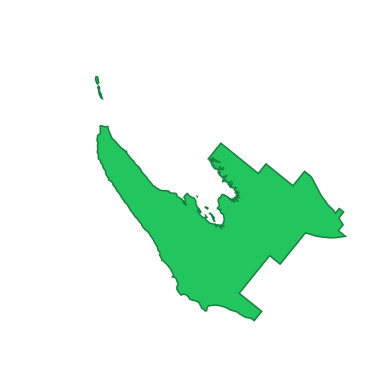 Exmouth, Western Australia, Australia (Equal Earth projection), rotated 309°
{"feature_id": "25037944B77099976714827", "entity_name": "Exmouth", "entity_type": "district", "adm_level": 2, "iso_a3": "AUS", "parent_name": "Australia", "parent_adm1": "Western Australia", "projection": "equal_earth", "projection_center": [114.188, -22.318], "detail": "fine", "context": "isolated", "style": "filled", "palette": "green", "viewbox_px": 384, "rotation_deg": 309, "n_neighbors": 0, "source": "geoboundaries", "source_scale": "gbopen_adm2", "svg_char_len": 6114}
<svg xmlns="http://www.w3.org/2000/svg" viewBox="0 0 384 384"><g transform="rotate(309 192 192)"><path d="M228.1,183.8L228.4,184.3L228.4,185.5L229.3,186.4L230.5,186.9L231.5,186.6L232.7,186.8L232.0,187.0L230.8,188.4L231.1,189.0L230.9,189.0L231.1,189.7L231.5,189.8L231.9,190.4L231.8,190.8L231.6,190.1L231.0,189.9L231.2,191.8L232.2,192.9L232.7,194.3L232.6,194.7L231.6,192.8L230.8,192.0L230.4,189.3L228.3,187.3L227.9,187.9L229.3,189.3L227.0,188.3L225.6,190.5L225.9,191.4L227.2,192.7L226.2,191.8L225.3,191.8L224.9,192.4L224.4,195.0L224.6,195.4L225.5,195.3L225.0,195.8L225.2,196.8L226.8,198.2L228.6,198.1L229.8,197.5L228.0,198.8L227.9,199.4L229.5,200.8L230.6,200.6L231.2,201.7L230.6,200.8L229.2,201.0L228.8,200.5L228.9,201.2L230.2,201.9L229.3,201.8L229.5,202.7L229.1,201.8L226.9,199.5L224.6,199.0L224.0,199.6L224.4,201.6L224.8,202.0L225.7,201.9L224.7,202.2L223.7,200.8L223.2,201.1L222.5,203.6L222.6,206.5L223.9,206.8L226.1,208.6L226.5,208.3L226.7,208.7L225.3,208.6L225.6,209.4L224.0,207.9L222.1,207.6L221.9,208.0L222.3,210.2L223.3,210.3L222.6,210.6L221.5,210.2L221.4,212.2L221.8,214.2L223.4,215.2L223.4,215.6L224.2,215.8L223.5,216.0L222.8,215.3L220.8,215.3L220.6,215.8L220.8,216.8L221.6,217.5L223.8,217.9L223.0,218.3L221.7,217.9L221.9,219.4L221.1,217.9L220.2,217.8L219.9,218.4L220.1,219.3L220.7,220.2L220.6,220.7L221.1,220.8L221.7,221.7L221.4,222.6L223.0,223.0L223.6,224.3L222.4,223.2L220.4,223.3L220.1,225.8L219.4,225.8L220.3,227.0L221.0,227.1L220.5,227.3L220.8,227.6L219.0,226.4L218.7,227.2L218.9,228.3L220.4,228.9L219.6,229.2L218.7,228.7L217.4,228.8L219.4,230.4L218.1,229.8L218.3,230.5L217.9,230.8L217.8,229.9L217.1,229.3L217.0,230.1L216.6,229.9L216.9,231.4L216.6,231.1L216.5,231.6L216.3,229.6L215.9,230.9L214.4,228.6L213.6,230.4L213.8,231.8L214.3,232.4L214.4,232.9L213.9,232.3L213.6,232.5L213.6,234.3L213.5,231.6L213.1,230.2L213.3,229.1L212.5,229.6L212.2,228.2L211.5,228.6L211.0,226.5L210.5,228.1L211.2,230.4L210.9,232.0L210.7,231.3L211.0,230.2L210.2,228.4L210.1,226.1L210.7,223.0L209.9,218.2L208.6,217.0L205.6,217.4L204.4,216.8L202.9,217.1L201.2,218.2L199.7,220.6L197.9,222.2L195.4,221.8L195.1,223.0L195.4,223.8L196.2,224.5L196.2,225.2L195.6,224.7L194.3,227.0L193.9,228.2L194.4,230.0L193.6,231.4L191.7,233.6L189.6,235.2L187.2,236.0L185.2,235.9L185.3,238.0L184.9,237.4L185.0,236.6L184.6,235.8L184.2,236.8L184.2,235.8L183.6,234.4L182.8,235.6L182.5,237.2L182.9,238.4L182.5,238.9L182.7,238.4L182.4,237.7L182.4,236.4L182.7,235.2L183.3,234.7L182.9,233.4L182.4,234.3L182.5,232.2L181.8,231.9L181.2,230.9L180.8,232.3L179.6,233.3L180.8,232.0L181.1,230.6L181.7,230.3L180.4,228.5L179.0,225.0L179.1,221.0L180.1,218.4L179.2,216.4L179.1,213.0L180.0,211.3L182.0,211.6L183.0,208.9L181.7,210.0L180.3,209.6L181.1,209.0L181.5,209.5L181.9,209.2L182.0,208.8L181.2,208.2L181.8,208.0L182.0,208.4L182.8,207.5L185.0,202.6L186.6,201.5L187.9,199.7L188.1,198.5L188.6,197.6L187.7,195.0L187.3,191.8L188.0,189.6L187.8,189.1L183.4,188.7L182.5,189.5L182.4,191.0L180.7,192.6L180.0,192.8L179.5,193.6L179.5,193.0L179.1,192.5L178.9,194.4L178.4,194.2L178.1,195.0L177.8,193.7L178.3,191.6L178.9,190.9L179.7,191.4L179.8,189.4L180.2,188.9L179.5,188.3L179.9,187.1L179.3,184.0L179.7,182.4L180.7,181.2L180.8,180.3L178.1,176.5L177.6,174.7L178.0,174.0L177.7,172.5L174.3,167.9L173.2,165.3L172.7,160.7L172.9,159.6L172.4,157.5L173.1,155.6L173.9,150.0L174.6,148.5L175.9,140.5L176.9,138.8L177.9,135.1L178.1,131.3L178.6,128.8L179.1,128.2L179.4,125.0L180.6,118.8L181.6,115.9L182.1,115.8L182.3,115.6L181.6,115.4L182.0,115.1L182.5,115.8L182.3,115.2L181.7,114.7L182.0,112.7L181.7,108.9L183.4,98.4L183.3,96.4L187.7,87.9L190.0,85.4L187.6,82.9L186.6,79.9L185.9,79.2L185.2,79.3L180.5,83.4L178.6,83.8L176.8,83.0L172.2,85.7L171.1,88.1L168.7,89.1L165.7,92.3L165.2,92.2L163.5,93.1L162.0,95.7L158.9,98.3L158.9,100.1L158.4,101.4L157.5,102.5L156.5,105.9L154.9,107.8L154.0,111.6L153.2,112.0L151.5,114.3L150.8,116.8L150.4,117.2L150.5,118.4L149.2,119.1L148.9,120.5L149.4,121.8L149.2,124.5L147.8,126.2L147.2,129.8L146.9,129.9L146.7,131.0L145.8,132.4L145.1,136.3L142.9,142.4L142.4,145.2L141.7,145.6L141.8,147.2L141.4,149.7L138.7,156.8L138.6,158.1L137.3,162.3L136.9,165.0L137.1,165.9L136.8,165.9L135.6,170.9L135.5,172.5L134.9,173.7L134.4,173.9L134.6,174.5L133.8,176.1L133.1,180.2L133.4,181.2L133.3,183.0L132.5,186.0L131.9,187.1L130.7,191.7L128.9,195.4L128.6,196.8L127.4,199.7L125.3,202.5L125.0,204.7L123.9,206.1L122.7,206.3L121.4,209.7L120.1,211.4L120.0,212.0L120.4,213.0L119.8,219.2L118.3,224.7L116.0,230.0L115.3,230.3L114.2,229.9L113.6,230.1L115.0,233.0L114.5,234.6L111.3,239.5L110.1,239.9L109.4,239.6L106.9,241.4L106.1,243.5L105.1,247.5L105.1,248.5L107.1,249.6L108.2,251.3L108.4,254.9L107.5,257.1L107.4,258.1L108.2,260.6L109.5,262.7L110.3,265.6L110.2,267.6L107.8,273.0L108.2,275.5L107.8,276.8L108.8,278.1L111.5,276.6L113.9,276.4L118.8,281.3L121.2,285.1L123.7,291.2L124.1,294.6L124.7,296.7L126.3,300.2L127.3,303.4L127.3,306.2L128.1,311.5L128.6,313.1L130.9,317.0L131.2,321.3L143.1,321.3L143.0,292.4L191.4,292.4L191.4,305.9L231.7,305.9L235.5,315.5L239.1,321.9L243.7,328.7L247.6,333.1L254.1,339.1L254.1,330.1L261.6,330.1L264.2,322.5L271.8,322.5L271.8,316.8L265.8,316.8L267.0,312.6L267.4,306.4L270.6,294.5L278.3,276.6L278.9,274.3L278.9,266.5L260.4,266.5L260.4,231.8L248.1,231.8L248.1,183.7L228.1,183.8ZM208.2,63.5L210.8,59.7L212.7,55.7L214.4,55.0L215.4,53.9L215.1,53.3L215.2,52.6L214.1,52.9L212.4,55.5L210.0,57.9L208.0,61.8L208.2,63.5ZM216.6,50.6L216.9,50.3L218.3,50.8L219.2,49.3L221.8,46.7L221.7,45.3L221.1,44.9L219.2,45.7L217.3,48.4L216.6,49.7L216.6,50.6ZM186.6,221.3L183.6,226.5L183.1,228.6L184.9,225.7L186.1,225.3L186.5,222.8L187.0,221.6L186.8,220.7L187.1,219.6L186.4,219.3L186.6,221.3ZM189.0,214.9L189.6,214.4L189.3,212.5L188.5,211.9L188.3,212.5L188.7,213.1L188.5,214.6L189.0,214.9ZM220.9,210.1L221.0,209.5L220.5,209.4L220.2,208.6L219.4,209.4L220.9,210.1ZM181.6,218.2L181.4,220.3L181.7,219.8L181.6,219.2L181.9,219.0L182.2,217.5L181.6,218.2ZM230.3,188.0L230.9,187.8L231.0,187.4L229.6,187.1L230.3,188.0ZM228.0,187.1L228.3,187.0L228.1,186.0L227.7,185.7L227.4,186.4L228.0,187.1ZM191.0,199.7L191.8,199.1L191.8,198.9L191.0,199.7Z" fill="#22c55e" stroke="#15803d" stroke-width="1.5"/></g></svg>